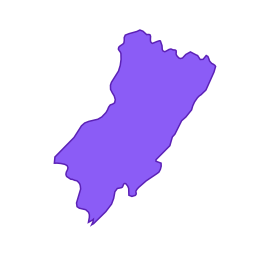 an SVG outline of Võru, rotated 120°
{"feature_id": "EST-2351", "entity_name": "Võru", "entity_type": "County", "adm_level": 1, "iso_a3": "EST", "parent_name": "Estonia", "parent_adm1": "", "projection": "robinson", "projection_center": [26.896, 57.737], "detail": "fine", "context": "isolated", "style": "filled", "palette": "violet", "viewbox_px": 256, "rotation_deg": 120, "n_neighbors": 0, "source": "natural_earth", "source_scale": "10m", "svg_char_len": 1974}
<svg xmlns="http://www.w3.org/2000/svg" viewBox="0 0 256 256"><g transform="rotate(120 128 128)"><path d="M48.9,176.8L45.8,174.3L40.0,168.6L37.2,166.7L36.7,163.4L37.8,158.5L37.1,157.6L36.4,156.3L36.3,155.5L37.3,154.3L40.4,152.7L41.9,151.6L42.5,150.3L42.5,149.1L38.8,146.3L36.7,144.4L36.4,143.5L39.7,139.7L43.0,137.5L43.8,136.0L43.5,134.2L41.5,132.9L39.4,131.7L38.1,130.3L37.8,128.0L36.9,126.3L36.9,125.1L38.1,124.2L39.8,123.4L40.9,122.1L41.9,119.1L41.7,117.5L40.2,115.8L35.4,114.7L30.9,112.0L30.6,105.0L30.4,104.0L32.6,99.7L31.0,97.3L26.1,96.5L26.1,94.6L27.3,93.0L29.3,90.7L30.2,87.9L30.1,85.9L30.3,84.1L30.9,82.9L36.6,81.5L56.1,79.5L62.7,81.4L64.5,82.3L67.1,83.0L72.2,83.4L76.5,83.0L80.5,82.0L89.6,83.4L94.9,85.2L109.9,84.3L113.6,85.1L117.7,84.1L122.4,82.9L141.4,87.9L142.8,87.1L141.9,81.8L144.4,80.2L147.5,79.3L149.3,79.2L150.9,79.2L153.6,80.4L164.6,85.8L174.2,89.1L176.8,89.6L178.6,89.6L179.6,89.1L180.3,88.3L181.5,87.8L182.7,88.0L185.3,90.4L185.8,93.6L180.0,97.2L178.4,99.3L177.3,102.2L177.9,103.4L179.1,103.7L180.6,103.4L182.0,103.3L183.1,104.0L185.7,107.0L189.7,107.5L196.2,105.2L202.1,104.2L211.5,105.4L228.1,110.0L229.7,111.0L229.9,111.1L226.7,111.4L224.4,112.4L225.8,112.9L229.5,115.1L224.7,116.8L222.4,118.1L220.7,120.0L219.9,123.8L221.8,130.0L221.6,132.8L218.7,135.1L204.5,138.5L201.8,140.5L200.6,141.8L199.8,143.5L199.3,145.7L199.5,146.8L199.9,147.7L200.3,150.6L200.7,151.3L201.0,152.1L200.7,156.7L200.2,157.6L199.0,158.7L196.9,159.4L194.5,159.5L192.4,160.1L191.0,161.9L191.1,164.7L192.3,168.4L193.9,171.9L195.3,174.2L189.6,176.8L163.2,170.0L149.4,169.4L145.3,168.0L141.8,165.2L135.5,158.5L131.5,156.2L125.6,154.8L122.6,154.8L119.6,155.2L116.9,154.9L115.0,153.3L112.9,152.2L109.8,153.2L107.1,156.0L105.3,159.3L103.3,162.4L99.7,164.6L96.7,165.2L83.4,164.7L77.7,166.0L72.1,168.3L67.0,171.4L65.9,172.9L65.3,174.5L64.5,175.8L62.7,176.4L61.1,176.0L57.9,174.4L56.3,174.1L53.9,175.1L51.6,176.5L48.9,176.8Z" fill="#8b5cf6" stroke="#5b21b6" stroke-width="1.5"/></g></svg>